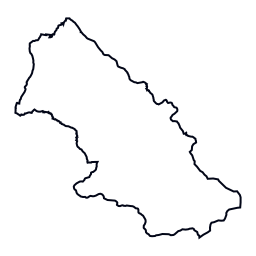 outline of Beriu, Hunedoara, Romania
{"feature_id": "2599482B96575439888844", "entity_name": "Beriu", "entity_type": "district", "adm_level": 2, "iso_a3": "ROU", "parent_name": "Romania", "parent_adm1": "Hunedoara", "projection": "orthographic", "projection_center": [23.248, 45.738], "detail": "fine", "context": "isolated", "style": "outline", "palette": "ink", "viewbox_px": 256, "rotation_deg": 0, "n_neighbors": 0, "source": "geoboundaries", "source_scale": "gbopen_adm2", "svg_char_len": 5703}
<svg xmlns="http://www.w3.org/2000/svg" viewBox="0 0 256 256"><path d="M199.4,237.6L203.4,234.7L207.8,232.3L210.1,230.6L210.0,227.5L210.5,224.5L211.5,222.7L214.0,222.2L218.4,220.4L221.3,220.7L223.7,220.5L225.0,218.6L226.4,214.8L226.3,213.0L227.3,211.1L229.2,209.5L237.3,207.8L240.2,207.5L240.6,202.5L240.6,197.4L239.9,195.0L237.1,191.3L233.7,191.5L226.0,187.8L218.9,180.9L218.1,179.4L213.2,178.5L207.7,178.8L206.5,176.3L204.5,174.7L202.6,172.2L200.2,170.9L197.1,166.8L194.5,164.1L194.7,161.2L193.8,160.2L192.2,155.3L190.7,153.5L189.8,151.9L191.8,150.0L192.1,146.3L193.4,144.2L196.1,142.5L195.9,140.7L195.5,139.7L195.4,138.7L194.0,137.8L193.8,137.5L192.5,136.7L191.3,136.7L188.0,135.9L187.5,135.3L186.7,134.9L186.3,135.1L185.8,134.4L186.3,133.0L186.2,132.8L185.1,133.8L184.1,133.6L183.7,133.7L182.9,131.1L180.1,127.6L179.5,125.6L178.8,124.3L178.6,123.5L177.5,122.4L177.0,121.5L174.5,121.1L172.9,121.2L171.0,119.6L170.6,118.2L170.7,117.5L171.4,116.8L172.6,114.9L174.4,113.8L177.2,111.2L177.4,109.9L177.1,108.6L176.5,107.7L174.4,107.2L173.8,106.7L173.6,106.1L172.5,105.0L172.2,104.1L172.1,103.5L171.6,102.8L170.2,102.5L168.1,103.0L167.0,101.7L166.8,100.9L166.3,100.1L165.8,99.8L164.0,100.5L162.4,102.4L158.7,104.4L157.9,104.0L157.1,104.0L155.9,103.2L153.9,101.0L153.7,100.3L153.7,99.3L153.4,98.6L153.4,97.8L152.4,94.6L151.3,93.6L150.5,93.1L149.5,91.6L148.9,91.2L149.0,90.6L148.7,90.3L147.8,90.0L147.1,90.3L146.9,89.4L146.3,88.7L146.9,88.3L147.0,87.4L146.8,86.8L146.5,86.4L146.7,86.2L147.0,86.2L146.9,85.7L146.7,84.9L146.3,84.6L146.8,84.0L144.7,82.4L143.1,81.8L142.4,82.2L137.4,83.1L135.9,82.4L134.3,82.2L130.6,80.2L129.5,78.8L129.2,76.7L128.6,75.6L128.5,74.9L128.2,74.2L127.5,73.2L127.5,72.6L125.0,69.9L124.7,69.2L123.1,68.3L120.9,67.7L118.3,66.6L117.7,65.8L116.5,61.2L114.6,59.5L112.0,58.2L108.6,55.2L104.8,55.0L103.6,54.4L103.3,54.0L102.3,51.9L100.7,50.4L98.1,47.2L95.3,42.6L94.6,41.7L94.0,41.2L87.6,38.6L86.8,38.0L85.3,36.2L83.1,34.3L81.3,32.1L80.7,32.1L80.7,31.2L79.6,29.2L77.6,26.2L76.8,25.3L74.9,22.7L73.4,21.7L72.3,20.6L71.3,20.1L69.8,18.9L69.5,18.4L66.2,18.4L66.0,18.9L65.9,20.5L65.4,20.5L64.1,22.1L63.9,22.5L63.6,23.6L63.4,22.8L61.5,23.3L62.1,24.5L58.6,25.5L58.4,25.7L58.0,27.9L56.7,28.6L56.5,29.9L54.9,31.8L54.8,32.3L54.4,33.2L54.4,34.0L54.3,34.4L54.1,34.6L53.1,34.2L52.6,34.3L52.1,36.2L51.7,36.9L50.3,37.3L49.5,37.3L50.1,36.1L50.4,34.9L46.2,34.4L46.3,35.1L45.6,35.1L41.2,34.3L41.1,35.0L40.7,35.5L39.9,37.2L39.2,38.0L38.4,39.6L37.8,40.2L35.9,40.3L34.5,41.0L33.1,40.9L29.8,43.4L29.7,45.3L29.9,45.9L29.5,48.5L29.8,51.5L30.5,53.3L31.3,53.9L32.3,55.8L33.0,58.5L33.4,60.6L33.3,62.6L33.8,64.1L33.4,68.0L33.2,69.3L32.6,70.5L32.1,73.0L31.6,74.2L30.2,76.8L29.2,77.8L28.1,79.7L27.3,80.8L27.1,81.7L26.7,82.0L26.6,82.8L26.9,83.8L26.7,84.7L25.8,85.9L24.9,86.7L24.8,87.7L25.5,88.8L25.5,89.6L24.6,91.9L21.3,96.9L20.6,99.3L20.0,99.8L19.5,101.7L19.3,103.6L18.5,103.5L17.1,102.8L16.8,103.0L15.5,107.3L15.9,108.1L15.5,108.8L15.6,109.6L15.5,112.1L15.4,112.8L17.5,113.7L17.9,114.1L19.4,115.0L20.2,115.7L20.9,115.2L21.2,114.7L21.4,114.9L21.8,114.7L22.2,114.7L22.7,114.9L24.0,114.7L25.0,113.4L25.5,113.6L28.4,112.5L30.1,112.4L30.8,112.8L31.7,112.9L32.3,111.5L32.8,111.2L33.8,110.0L34.5,109.5L36.6,111.1L38.2,111.6L40.2,111.7L42.8,111.0L43.1,111.3L43.2,112.3L44.4,112.4L44.5,111.8L47.1,112.2L48.1,112.1L48.3,112.5L48.4,112.4L48.5,112.9L48.9,112.9L49.2,113.2L49.7,112.9L50.1,113.4L50.5,113.4L50.6,113.7L50.9,113.6L51.1,114.0L51.6,114.2L51.9,114.7L51.8,115.1L51.9,115.6L52.4,116.7L52.7,116.7L52.8,117.3L52.7,117.8L53.0,117.9L52.8,118.3L53.0,118.3L53.3,119.0L54.4,119.2L54.8,119.5L55.5,119.2L56.7,120.3L57.0,120.2L57.4,120.6L58.4,120.9L58.4,121.2L58.9,121.2L59.4,121.6L59.5,121.8L60.1,122.3L60.1,122.6L60.5,122.5L60.5,122.9L61.4,123.4L61.3,123.6L61.5,123.8L61.7,123.7L62.0,124.1L63.9,124.7L64.3,125.2L65.9,126.1L68.5,126.3L71.4,127.7L72.1,127.7L74.7,129.1L75.4,130.1L76.4,130.8L76.6,131.2L76.5,132.3L76.8,133.0L76.3,133.4L76.3,133.8L77.2,135.4L76.9,136.2L77.0,136.7L77.1,136.8L76.7,136.9L76.2,137.7L76.8,138.3L77.0,139.0L76.3,140.1L76.6,140.2L76.7,140.6L77.2,141.1L76.9,141.9L76.6,143.4L77.2,145.9L77.8,146.9L78.8,147.6L79.9,148.9L81.5,149.5L82.7,151.4L84.7,153.2L86.6,156.9L86.7,157.5L86.0,157.4L86.7,157.6L86.8,158.8L87.6,160.6L87.3,161.8L87.6,162.7L89.2,162.4L89.9,162.6L91.3,162.5L91.5,162.1L92.7,162.0L97.5,161.9L96.8,163.3L96.6,164.7L96.7,166.5L96.3,167.5L96.0,169.2L95.5,170.1L93.9,171.4L93.1,172.0L92.5,172.0L91.1,172.6L91.0,172.9L91.0,173.8L90.9,174.3L90.0,175.5L89.3,177.1L85.5,178.2L84.9,178.6L84.4,179.9L82.8,181.6L81.2,181.4L79.7,181.6L76.5,183.4L74.4,185.3L73.8,186.5L74.0,188.1L74.6,189.4L76.0,190.4L76.6,192.8L77.4,194.0L78.8,195.1L80.0,195.8L80.5,196.4L83.0,197.0L85.1,196.9L86.2,197.7L87.6,197.6L89.7,196.2L90.5,195.9L92.9,196.3L94.0,196.2L95.9,195.6L98.6,194.1L100.0,193.8L100.7,193.8L102.3,194.5L103.3,195.7L103.7,196.4L104.0,198.3L107.5,200.0L114.9,200.6L115.7,201.0L117.0,202.1L117.3,202.7L117.1,204.1L116.9,204.8L117.0,205.0L118.6,206.0L120.0,206.1L121.5,205.5L122.8,205.3L123.8,205.8L125.7,205.9L126.7,205.5L131.0,206.1L132.0,206.1L133.6,206.6L135.8,208.3L137.6,208.5L138.0,208.8L138.4,209.8L138.4,212.1L138.6,212.7L139.5,213.4L140.6,213.7L141.5,214.6L143.1,215.7L145.4,219.6L145.6,220.8L145.6,222.0L144.8,224.2L143.8,225.6L143.7,227.8L144.1,228.4L145.0,229.1L145.8,230.2L146.0,232.2L146.4,232.7L147.0,233.4L148.7,234.3L149.8,235.8L150.3,236.0L152.1,236.2L155.0,236.0L156.1,235.3L158.7,235.0L162.4,234.0L168.5,234.2L169.3,234.4L170.8,235.2L173.3,235.0L174.5,234.4L178.3,231.1L180.3,230.6L182.4,229.3L185.5,229.6L188.1,229.3L190.0,228.6L191.0,228.6L192.3,228.3L193.6,228.8L194.0,229.3L194.3,230.2L197.2,232.0L197.9,234.7L199.2,235.6L199.4,237.6Z" fill="none" stroke="#020617" stroke-width="2"/></svg>